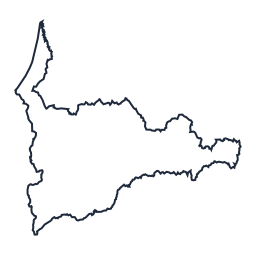 Portoviejo, Manabi, Ecuador
{"feature_id": "8360857B28339541752257", "entity_name": "Portoviejo", "entity_type": "district", "adm_level": 2, "iso_a3": "ECU", "parent_name": "Ecuador", "parent_adm1": "Manabi", "projection": "equal_earth", "projection_center": [-80.352, -0.999], "detail": "fine", "context": "isolated", "style": "outline", "palette": "slate", "viewbox_px": 256, "rotation_deg": 0, "n_neighbors": 0, "source": "geoboundaries", "source_scale": "gbopen_adm2", "svg_char_len": 5776}
<svg xmlns="http://www.w3.org/2000/svg" viewBox="0 0 256 256"><path d="M201.4,139.0L200.2,138.0L199.1,138.4L197.3,137.4L195.2,132.7L193.6,131.6L190.2,132.0L190.6,131.0L190.2,127.0L191.0,124.4L191.8,124.6L191.6,123.7L192.1,122.1L190.9,120.4L189.4,120.0L185.8,116.8L184.5,116.6L182.4,114.6L179.1,114.8L177.4,119.0L175.3,118.3L172.1,118.7L170.0,121.2L168.4,121.5L166.9,122.7L166.7,124.1L166.1,125.1L166.3,127.8L165.0,128.2L164.5,129.9L161.3,129.8L160.6,131.3L159.0,129.5L156.1,129.6L155.4,130.7L154.7,130.9L151.5,130.4L150.7,129.7L146.4,129.6L145.0,126.4L145.4,122.4L143.8,120.6L143.3,120.6L143.6,119.4L142.8,117.6L141.3,117.7L141.0,117.0L141.1,115.4L138.3,113.8L136.1,109.8L135.9,108.8L134.9,109.0L133.6,107.9L128.8,100.8L127.3,100.1L126.5,98.6L125.5,98.2L124.6,100.4L123.6,100.7L121.2,102.5L120.5,103.6L119.4,103.8L118.7,104.5L117.4,103.8L116.7,102.5L114.4,103.3L112.2,100.9L111.3,103.3L110.1,104.8L109.2,103.0L108.3,102.7L103.6,104.3L101.1,101.7L100.0,99.6L99.4,99.2L98.5,100.3L95.5,102.6L94.0,104.8L92.0,103.4L90.9,104.6L88.1,104.5L87.3,103.0L85.8,102.2L85.2,103.5L84.0,104.5L81.6,104.1L78.4,105.1L78.1,105.7L78.2,109.0L77.6,110.7L76.8,111.6L75.8,114.6L73.7,113.5L73.3,114.4L71.8,114.5L71.0,113.6L70.4,114.0L70.0,113.0L69.3,113.4L68.9,111.7L68.2,111.3L67.8,110.0L68.3,109.1L61.3,108.4L57.1,108.9L55.0,108.2L54.6,107.4L53.6,107.4L53.8,105.2L49.0,106.3L47.0,108.4L46.3,108.6L44.8,106.2L42.5,99.9L40.3,95.9L38.9,95.3L38.0,92.5L35.8,91.9L33.9,90.7L32.4,90.8L33.9,86.5L36.1,86.7L38.1,83.4L40.0,81.4L43.6,79.0L44.9,73.9L46.4,73.0L46.3,71.6L45.6,69.7L45.9,68.5L47.3,67.5L46.5,63.7L47.7,60.0L48.3,60.4L49.6,59.4L51.8,59.0L51.6,57.2L52.1,56.3L51.5,55.9L51.5,54.2L51.2,53.7L51.8,51.9L51.3,51.7L51.0,50.5L50.0,50.8L49.1,49.6L49.4,48.6L48.5,47.8L49.2,47.1L47.9,46.6L48.4,46.1L47.7,44.8L47.8,44.1L47.4,43.8L47.6,42.5L47.1,41.0L46.5,40.2L46.4,41.1L45.6,40.6L45.1,41.0L45.3,39.2L44.6,39.8L44.4,39.1L44.9,38.1L44.0,37.3L44.7,36.9L43.6,35.6L44.2,35.1L43.1,34.8L44.0,33.8L44.6,32.2L44.1,31.1L43.1,32.1L42.7,31.0L43.5,30.8L43.7,30.1L42.8,30.0L42.4,27.8L41.7,27.7L42.3,27.3L42.5,26.4L42.3,25.8L41.6,25.7L41.6,25.2L43.1,25.7L42.7,24.7L41.8,24.4L42.9,23.8L41.7,22.6L42.2,21.5L40.5,22.5L40.1,23.3L37.8,38.4L32.2,62.0L29.9,67.5L25.6,75.8L17.6,87.8L15.4,90.3L16.0,90.9L15.6,92.0L16.2,93.6L17.0,94.4L19.3,94.6L21.6,99.0L23.4,100.2L24.1,101.9L23.5,103.4L25.7,103.7L28.1,105.4L28.4,106.2L27.8,108.3L26.3,110.9L28.4,117.7L28.2,118.1L28.9,119.9L32.0,123.7L32.2,131.2L34.0,131.5L36.0,132.9L35.9,135.4L35.2,137.3L34.1,138.7L33.3,138.9L33.3,139.5L33.8,139.6L32.8,142.0L32.4,145.4L31.3,145.9L29.8,148.6L30.1,150.8L31.0,152.5L31.2,155.2L31.0,157.0L30.6,157.8L30.1,157.5L30.2,158.3L30.5,159.7L31.0,159.6L31.5,160.5L30.6,161.6L32.0,163.8L33.5,164.0L34.1,166.3L36.2,169.8L36.4,171.6L36.7,171.9L39.0,171.5L39.5,170.8L42.0,170.2L42.6,170.9L42.5,172.6L41.2,174.8L41.5,175.8L41.2,177.3L41.9,179.7L41.5,180.8L38.7,182.2L37.8,183.5L36.9,184.1L35.5,183.9L33.4,184.9L31.9,184.8L30.8,184.2L30.1,184.4L28.4,185.7L27.5,189.9L27.6,193.7L28.1,195.3L28.8,195.7L28.9,197.4L30.2,199.6L30.2,202.5L28.6,204.5L29.4,206.5L30.3,206.6L31.2,206.1L31.7,206.7L31.4,209.7L31.8,212.7L34.2,215.6L36.0,216.3L35.9,217.8L34.0,219.7L33.7,220.6L33.7,222.7L33.1,224.8L33.3,227.8L32.7,230.1L33.9,231.6L34.6,234.5L36.9,234.5L37.4,233.2L37.0,231.5L40.1,229.0L41.5,228.4L44.7,224.5L50.2,221.1L51.5,220.0L52.0,218.8L54.3,217.1L55.6,218.2L56.8,217.9L57.8,218.3L58.4,217.3L61.2,216.4L61.7,214.9L64.9,214.5L66.0,214.9L67.1,214.2L68.3,215.3L70.1,214.6L72.0,217.1L74.8,217.1L76.8,220.1L78.2,220.5L80.1,219.7L82.9,219.5L83.8,218.3L85.6,217.6L89.2,214.0L91.5,213.6L92.0,215.1L93.2,214.4L94.2,212.7L93.7,211.4L94.2,210.9L95.1,211.1L95.2,210.2L96.3,210.8L96.4,211.9L101.2,211.8L104.0,210.6L106.1,210.5L107.5,208.6L109.1,209.1L111.0,208.6L111.3,207.5L112.3,206.7L112.5,205.4L113.4,204.8L114.5,202.7L115.1,199.7L116.1,199.2L116.1,197.6L116.7,196.6L116.7,195.3L117.3,194.0L117.5,191.0L118.1,189.8L119.4,189.3L120.0,188.1L124.0,184.7L125.3,186.1L126.8,185.4L127.7,186.6L129.5,186.7L128.9,184.9L130.0,184.4L131.2,181.6L132.2,181.1L132.6,179.7L133.9,179.7L134.6,179.2L135.3,177.7L136.0,177.4L138.2,178.2L139.9,177.1L140.9,177.9L141.6,175.8L143.8,174.6L144.6,174.9L145.3,174.3L148.3,176.0L149.2,175.7L151.1,176.1L152.3,175.5L153.2,176.3L154.2,175.5L154.3,173.1L156.9,170.9L158.4,171.1L160.6,173.6L162.1,172.2L163.2,172.3L164.2,173.5L166.6,171.8L169.4,172.5L170.6,173.4L172.9,172.9L173.7,172.1L176.2,174.8L177.3,173.8L177.9,172.5L178.9,173.8L180.2,174.1L180.8,173.0L182.9,172.2L183.4,171.1L186.1,172.2L187.5,175.1L188.0,172.6L190.6,170.7L190.5,172.3L191.6,175.5L191.4,177.7L191.9,179.9L193.3,180.3L195.2,179.9L195.1,179.5L196.0,177.0L196.8,176.9L196.9,174.4L197.5,173.6L198.0,173.7L199.2,171.8L201.9,170.0L202.4,167.9L204.0,166.1L205.2,166.2L206.2,165.6L208.4,167.0L208.8,165.5L210.6,165.0L211.5,163.4L213.4,163.1L214.4,161.3L215.1,161.4L216.6,162.5L218.9,161.7L223.0,162.6L224.3,162.0L226.9,163.2L227.7,164.0L228.2,163.7L228.2,164.4L229.0,164.4L229.8,166.9L231.1,168.3L233.1,166.9L234.4,167.7L234.8,165.7L235.2,165.3L234.5,163.9L235.5,164.4L236.6,162.9L236.8,161.6L237.7,160.1L237.7,157.6L237.1,155.1L238.6,154.8L238.8,153.8L239.3,153.7L239.0,152.1L239.5,149.9L239.2,148.5L240.6,146.7L239.5,144.4L239.6,142.4L239.1,140.8L236.7,142.3L236.1,140.9L235.3,140.8L233.9,139.2L232.9,141.4L232.1,140.6L229.6,139.8L228.9,140.2L227.8,139.1L225.6,138.4L224.2,138.7L224.1,140.0L223.4,140.0L223.2,140.8L222.6,141.2L220.6,140.3L220.2,139.5L215.9,139.7L216.4,140.5L216.3,142.3L213.6,145.8L212.5,145.9L211.3,149.7L210.8,148.5L209.4,148.8L208.9,147.0L207.8,146.3L205.7,146.5L205.4,147.3L204.8,147.4L204.8,148.1L203.2,148.5L202.0,147.9L201.6,146.2L200.9,145.6L199.7,146.1L199.3,145.8L200.5,144.0L200.8,141.6L201.5,140.3L201.4,139.0Z" fill="none" stroke="#1e293b" stroke-width="2"/></svg>